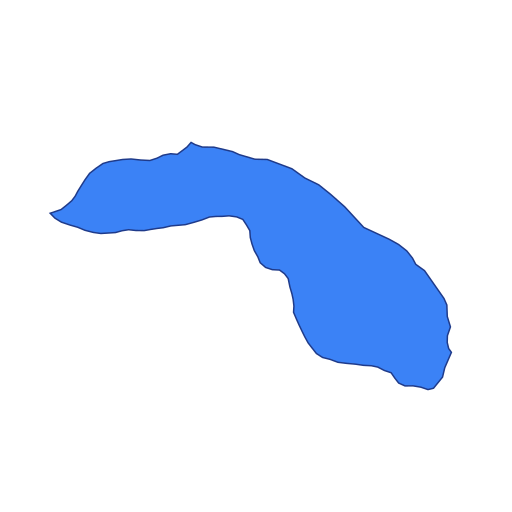 III-2 Bonasika/Boerasirie, Essequibo Islands-West Demerara, Guyana (Natural Earth projection), rotated 101°
{"feature_id": "73187651B69188247216871", "entity_name": "III-2 Bonasika/Boerasirie", "entity_type": "district", "adm_level": 2, "iso_a3": "GUY", "parent_name": "Guyana", "parent_adm1": "Essequibo Islands-West Demerara", "projection": "natural_earth1", "projection_center": [-58.423, 6.616], "detail": "fine", "context": "isolated", "style": "filled", "palette": "blue", "viewbox_px": 512, "rotation_deg": 101, "n_neighbors": 0, "source": "geoboundaries", "source_scale": "gbopen_adm2", "svg_char_len": 1638}
<svg xmlns="http://www.w3.org/2000/svg" viewBox="0 0 512 512"><g transform="rotate(101 256 256)"><path d="M253.3,466.2L257.2,460.6L259.9,453.5L261.1,444.5L261.8,436.5L263.4,428.8L263.9,420.2L263.5,412.6L261.4,404.5L259.8,398.4L256.8,392.4L254.5,386.1L253.9,378.9L252.4,370.6L250.1,364.7L247.8,358.3L245.9,352.4L242.7,345.3L240.6,337.9L238.7,331.3L234.7,323.2L230.9,316.0L226.6,309.1L224.8,302.9L223.5,296.6L221.7,290.1L221.3,282.4L222.6,275.9L227.4,271.2L232.3,266.9L239.0,265.1L245.0,262.2L251.0,258.7L256.5,254.0L261.8,250.6L265.4,244.4L266.3,237.4L265.3,230.2L268.0,224.6L272.0,220.1L279.9,216.8L286.3,213.5L291.4,211.3L298.0,209.2L304.1,208.4L310.6,204.0L315.3,200.7L321.4,196.2L326.0,192.7L331.4,188.2L335.7,183.3L340.2,178.1L342.9,171.3L343.3,163.9L344.7,155.3L344.1,146.5L343.2,137.8L342.8,129.5L341.7,121.8L341.8,115.3L343.9,108.1L344.8,101.1L349.6,96.2L353.5,91.7L355.1,85.0L353.5,77.1L353.3,69.1L354.3,61.7L352.6,57.9L351.9,56.5L339.7,50.0L339.4,49.8L329.7,49.4L313.3,45.8L310.1,49.2L304.4,51.8L297.7,52.9L288.5,51.6L278.9,56.7L267.7,59.3L261.8,63.4L238.2,87.8L233.7,97.6L228.2,102.0L222.3,108.9L217.5,118.2L214.1,128.6L207.4,155.7L190.8,178.3L181.2,194.6L174.2,207.9L170.1,223.0L163.5,237.4L159.1,263.4L161.2,275.5L159.7,291.8L158.0,298.9L157.2,318.1L159.3,329.4L158.3,337.0L156.9,341.4L162.2,344.5L166.9,348.7L171.2,352.6L171.9,359.3L174.8,366.5L178.9,371.9L182.5,378.4L183.8,387.6L184.6,397.1L186.7,405.3L189.1,411.8L191.4,418.1L194.4,423.9L200.2,429.6L206.6,435.1L213.8,438.4L220.2,440.9L226.5,443.3L231.8,444.9L236.9,447.4L242.8,452.1L247.6,456.2L253.3,466.2Z" fill="#3b82f6" stroke="#1e3a8a" stroke-width="1.5"/></g></svg>